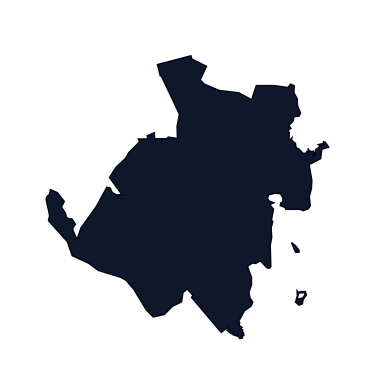 Galway City East Lea-6, Galway, Ireland, rotated 286°
{"feature_id": "5873133B29107056882514", "entity_name": "Galway City East Lea-6", "entity_type": "district", "adm_level": 2, "iso_a3": "IRL", "parent_name": "Ireland", "parent_adm1": "Galway", "projection": "albers", "projection_center": [-9.004, 53.286], "detail": "fine", "context": "isolated", "style": "filled", "palette": "ink", "viewbox_px": 384, "rotation_deg": 286, "n_neighbors": 0, "source": "geoboundaries", "source_scale": "gbopen_adm2", "svg_char_len": 2499}
<svg xmlns="http://www.w3.org/2000/svg" viewBox="0 0 384 384"><g transform="rotate(286 192 192)"><path d="M124.9,62.0L109.8,86.0L97.8,94.4L95.1,112.0L90.8,123.7L90.3,147.3L89.0,152.9L82.2,163.2L66.3,180.3L61.2,189.1L66.7,199.2L76.7,204.7L83.5,212.2L92.8,211.0L97.5,214.2L92.6,221.7L90.6,220.6L66.1,257.3L65.2,258.9L69.1,261.7L71.6,263.8L70.5,264.8L68.7,263.8L66.6,268.6L67.5,270.0L66.2,270.7L65.9,276.5L64.3,278.3L65.6,280.6L66.9,280.0L68.3,281.3L69.2,279.9L69.6,280.9L71.0,280.2L72.8,277.4L73.4,278.5L74.3,276.6L75.7,277.4L76.9,273.6L79.3,274.1L80.5,272.5L92.3,275.1L98.5,280.2L102.8,280.8L106.3,276.8L111.5,274.3L119.1,274.8L126.5,272.6L135.7,265.8L140.4,269.5L140.9,273.0L144.7,276.4L139.7,285.4L140.3,287.7L142.0,288.3L162.6,281.8L170.3,281.1L179.4,277.9L185.7,277.8L187.0,276.1L198.0,275.0L201.2,270.2L204.2,273.5L204.6,268.2L206.9,266.3L210.2,266.3L213.8,272.1L214.8,277.5L211.1,281.2L207.5,282.0L206.2,280.5L203.2,280.6L202.9,285.7L201.2,287.0L205.1,300.3L204.8,304.2L208.0,308.4L211.3,309.5L219.8,306.0L228.4,305.8L236.3,303.9L250.6,297.0L259.5,306.4L268.9,305.0L272.8,311.0L276.5,306.5L276.6,304.6L274.8,304.8L272.4,300.5L271.9,301.8L268.2,303.0L269.9,301.6L266.4,299.1L260.0,300.2L260.4,298.3L262.5,299.0L264.6,297.1L263.6,296.0L264.3,292.9L266.0,291.5L261.5,293.2L262.6,291.4L260.5,291.0L259.8,287.9L262.9,282.8L263.2,279.9L267.2,278.0L269.4,273.3L271.4,273.1L269.5,272.2L269.7,270.6L275.8,269.2L277.9,267.2L280.3,269.5L283.0,266.8L287.6,269.5L292.8,269.4L294.1,273.8L297.6,274.6L304.3,269.5L310.8,267.3L315.4,262.6L322.2,261.0L322.8,257.0L318.8,255.4L317.0,242.1L312.0,224.5L297.1,223.9L300.2,209.6L297.1,190.3L299.1,174.0L302.0,168.9L316.8,171.3L319.7,155.2L322.6,153.4L305.0,123.7L294.9,129.5L295.5,130.2L263.3,158.5L251.3,159.5L239.4,163.3L238.2,154.0L236.2,152.9L232.9,141.4L238.5,139.4L233.6,133.4L231.0,135.3L228.1,125.8L225.9,127.9L212.6,120.5L206.1,118.9L194.8,112.2L183.2,108.7L170.2,125.4L168.3,120.2L169.7,115.3L173.3,112.1L173.1,108.9L151.5,104.0L126.9,95.2L114.6,94.6L122.3,88.1L124.6,87.3L128.9,88.8L133.1,83.9L132.3,81.0L133.1,78.1L136.6,76.3L141.5,70.6L147.7,71.8L154.3,62.6L155.2,55.4L150.1,55.7L148.4,54.1L145.0,53.7L130.2,61.6L124.9,62.0ZM124.5,323.1L126.4,327.9L124.3,329.0L120.8,327.7L117.7,322.6L124.6,322.3L125.9,320.3L121.4,321.9L114.7,321.9L112.8,326.1L115.0,328.9L119.2,328.4L124.7,330.3L127.5,328.4L126.0,323.4L124.5,323.1ZM168.8,306.3L170.8,301.6L162.7,308.1L163.5,311.4L165.3,311.1L168.8,306.3Z" fill="#0f172a" stroke="#020617" stroke-width="1.5"/></g></svg>